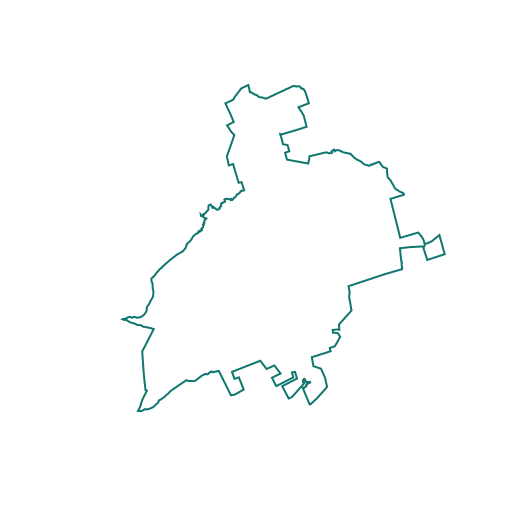 Villa Victoria, México, Mexico, rotated 64°
{"feature_id": "50627088B15361749852756", "entity_name": "Villa Victoria", "entity_type": "district", "adm_level": 2, "iso_a3": "MEX", "parent_name": "Mexico", "parent_adm1": "México", "projection": "natural_earth1", "projection_center": [-99.997, 19.432], "detail": "fine", "context": "isolated", "style": "outline", "palette": "teal", "viewbox_px": 512, "rotation_deg": 64, "n_neighbors": 0, "source": "geoboundaries", "source_scale": "gbopen_adm2", "svg_char_len": 6150}
<svg xmlns="http://www.w3.org/2000/svg" viewBox="0 0 512 512"><g transform="rotate(64 256 256)"><path d="M331.8,130.4L326.8,128.6L326.1,127.7L324.7,127.8L312.1,123.3L315.2,114.5L321.1,100.5L322.1,102.0L334.6,103.8L337.1,85.6L317.6,82.0L319.8,91.5L319.7,95.5L319.3,99.2L315.8,98.5L313.7,98.4L310.8,98.7L306.0,100.0L302.9,118.4L263.6,110.1L265.8,96.3L265.1,95.9L263.5,96.4L260.9,98.8L259.5,99.4L258.2,100.4L256.7,101.2L255.6,101.5L253.7,101.6L252.9,101.5L249.0,101.9L248.4,101.8L246.6,102.0L243.1,103.2L237.1,101.1L236.3,100.5L235.0,100.0L234.0,100.6L231.8,102.8L229.2,103.4L227.3,103.6L225.8,104.0L225.2,104.4L225.3,104.8L225.0,106.1L225.0,107.4L224.9,107.6L225.0,108.3L224.8,108.5L224.8,108.8L224.9,109.7L224.6,110.2L224.9,110.9L224.6,111.4L224.7,111.6L224.5,112.1L224.6,112.3L224.2,112.7L224.6,114.7L223.4,115.9L221.0,118.6L217.3,120.2L215.8,121.2L213.8,122.9L211.0,124.5L209.8,124.9L208.3,125.3L206.3,126.2L205.7,126.1L201.0,132.2L199.2,133.5L199.1,133.8L198.7,133.9L198.4,134.4L197.7,134.8L197.1,135.3L196.3,136.9L196.2,137.9L196.3,138.3L196.4,139.3L195.4,138.9L194.7,139.0L194.4,139.7L194.9,140.8L194.9,141.3L195.1,142.4L196.6,142.6L196.6,143.1L195.7,145.3L195.2,145.7L194.7,146.3L194.0,146.8L193.2,148.9L189.8,164.3L192.5,165.9L195.7,168.6L183.0,185.9L175.9,184.6L176.5,180.2L170.2,179.0L167.4,182.7L161.4,181.5L157.0,180.8L158.0,179.5L161.1,160.5L162.0,153.9L151.1,151.6L145.7,151.9L144.9,152.2L140.9,152.6L141.9,141.6L137.4,140.8L136.1,140.8L135.7,140.5L131.3,139.9L128.4,139.8L126.4,140.3L126.3,140.8L125.4,141.8L125.0,141.6L124.3,142.0L123.2,142.1L122.9,142.3L122.0,143.4L121.5,145.3L120.4,146.4L120.2,147.1L119.7,147.5L119.5,148.3L119.5,153.0L119.3,155.8L119.4,158.7L119.3,160.9L119.0,178.1L115.8,181.4L115.0,183.0L114.5,183.6L112.5,184.5L111.9,184.6L110.0,186.7L107.3,188.2L106.2,189.2L106.0,189.7L102.5,188.7L99.0,188.0L98.9,195.7L104.1,206.1L105.5,207.6L105.4,216.6L117.8,216.8L125.8,217.3L125.9,224.7L133.7,223.8L137.8,222.4L153.7,238.5L162.7,240.7L163.3,236.3L182.5,239.5L183.3,236.6L191.7,237.9L191.4,238.6L191.5,239.0L191.2,240.0L191.4,240.3L191.3,240.9L191.1,241.1L191.0,241.4L192.0,242.6L192.2,244.1L192.5,245.0L192.3,245.9L192.3,246.3L193.2,247.2L193.7,248.1L194.2,250.5L194.5,250.6L195.3,253.1L195.0,253.6L194.3,253.0L193.9,253.0L193.8,253.5L194.0,253.8L194.0,254.3L193.7,254.7L192.9,255.3L192.8,255.6L192.8,255.9L192.6,256.3L191.6,257.1L191.6,257.9L191.3,258.8L191.2,259.4L191.4,259.7L192.1,259.6L192.6,259.8L193.3,259.8L193.6,260.0L193.6,261.9L193.3,262.3L193.3,262.7L193.3,262.8L193.7,263.0L193.7,263.5L193.4,263.9L193.4,264.1L193.9,264.5L195.7,265.4L195.7,265.7L196.0,265.8L196.0,266.6L196.5,267.0L196.7,267.7L197.4,267.9L197.5,268.9L197.7,269.1L197.4,270.7L196.9,271.2L195.6,271.5L194.4,272.6L193.7,273.9L193.3,273.9L193.2,273.7L193.8,273.0L193.8,272.5L193.4,272.6L192.9,273.1L192.6,273.2L192.3,273.5L192.2,274.0L189.8,274.1L189.7,274.4L190.0,275.0L189.7,276.3L190.1,276.7L193.4,278.5L193.9,279.2L194.1,280.6L194.8,281.5L194.8,281.8L195.2,282.3L195.4,284.9L196.2,285.1L195.3,287.4L194.9,287.5L195.9,287.8L197.3,286.6L199.9,285.0L200.5,284.2L200.9,284.9L201.1,285.7L201.0,286.2L201.5,286.5L202.5,287.5L203.0,287.7L203.0,288.2L203.2,288.3L203.6,288.1L203.7,288.6L204.3,289.5L204.6,289.0L205.3,289.3L205.5,290.2L206.4,290.7L207.1,291.4L207.1,291.8L207.7,292.5L207.5,292.8L207.6,293.1L208.1,293.4L208.4,293.2L209.0,293.2L209.2,294.4L209.5,295.0L209.2,295.2L208.6,295.1L208.6,295.7L208.9,295.7L208.8,296.0L209.2,296.0L209.2,296.4L209.0,296.8L209.5,297.1L209.4,297.5L209.6,297.5L209.8,298.0L210.0,298.1L209.8,298.6L209.8,299.4L210.1,301.7L210.7,303.2L210.8,304.0L213.0,307.1L215.4,313.7L216.0,313.7L218.1,316.1L219.7,319.9L220.2,326.9L221.8,334.4L223.4,340.8L224.3,343.5L224.6,345.1L225.3,345.8L225.3,347.1L227.4,352.5L229.1,355.7L230.5,360.0L232.5,360.9L235.5,361.1L240.0,363.1L241.5,363.3L243.1,363.9L245.0,364.8L246.9,366.2L247.8,366.9L250.2,370.5L252.1,372.7L253.7,375.9L255.1,377.2L256.8,377.9L257.4,378.5L258.6,380.1L259.7,382.4L260.3,384.5L260.2,387.4L259.6,388.9L259.3,390.2L257.9,391.3L257.5,391.9L257.2,392.9L257.3,393.6L257.2,394.1L256.9,394.8L256.4,395.2L255.9,395.3L255.4,396.1L255.0,397.6L255.2,399.0L255.1,401.1L254.9,401.9L254.3,403.4L254.3,403.7L255.2,403.0L257.0,400.3L258.2,399.7L260.8,397.8L264.2,394.0L265.1,393.6L266.1,392.7L266.3,392.2L267.0,390.9L268.4,389.2L269.4,388.9L270.2,388.2L270.9,387.1L274.7,382.2L276.9,380.0L282.4,387.4L288.1,394.9L291.4,399.5L291.8,399.9L291.9,400.1L311.4,408.0L319.1,410.9L328.2,414.1L329.2,413.1L334.9,420.6L338.5,424.4L339.5,424.9L340.8,426.4L343.6,430.0L344.9,427.6L345.2,423.9L344.9,423.5L345.0,422.9L345.2,422.5L345.3,422.4L346.2,421.1L346.7,418.0L346.8,414.5L346.6,414.4L345.0,408.6L344.4,407.5L343.5,407.0L343.2,406.5L343.2,404.0L342.3,399.2L341.8,398.3L341.0,394.6L339.9,392.2L337.1,373.2L339.0,371.1L339.9,368.9L341.0,367.5L341.0,366.9L341.5,365.1L340.3,359.3L340.1,359.1L339.8,356.2L339.9,354.4L339.7,353.3L339.9,352.9L340.8,352.1L340.9,351.7L341.0,350.5L340.7,350.3L340.1,346.8L341.3,346.2L341.9,345.1L341.8,344.1L342.1,343.6L342.1,343.0L342.6,342.0L342.4,341.3L343.0,339.8L370.2,339.6L371.3,335.6L370.6,325.6L357.6,324.6L357.0,329.2L349.6,328.4L352.0,298.1L362.2,296.0L362.4,287.5L372.4,285.5L372.4,295.0L381.4,294.9L381.5,294.6L381.8,294.6L381.5,275.7L376.4,274.7L377.3,271.7L384.2,272.9L384.5,289.5L398.4,289.1L398.5,285.4L398.4,285.0L391.4,268.4L390.1,269.0L388.5,268.5L387.5,266.8L387.7,266.2L388.7,266.6L389.3,266.2L390.0,266.7L390.5,266.5L390.5,266.2L390.7,265.9L391.1,265.8L392.9,263.1L393.2,262.9L393.1,262.7L393.4,262.7L393.5,263.2L393.4,263.3L393.3,264.2L393.1,265.1L393.3,265.0L393.7,265.9L393.5,266.5L393.6,266.9L393.9,267.4L394.4,267.2L394.9,267.9L395.1,268.3L395.1,268.9L395.5,270.0L395.3,270.3L395.5,270.8L395.1,271.0L395.2,271.8L412.9,272.9L413.1,271.8L410.6,263.6L405.7,251.4L404.7,249.5L395.8,247.3L385.7,247.0L380.2,252.7L371.4,250.2L374.3,230.7L371.0,230.0L371.7,224.7L365.6,215.8L361.2,216.3L358.6,220.4L356.1,219.5L357.7,215.1L358.8,213.5L353.9,211.4L346.9,194.1L337.8,191.4L334.2,190.5L329.1,187.5L327.8,187.1L327.7,187.2L323.7,186.0L328.3,151.9L329.3,145.3L331.7,131.5L331.8,130.4Z" fill="none" stroke="#0f766e" stroke-width="2"/></g></svg>